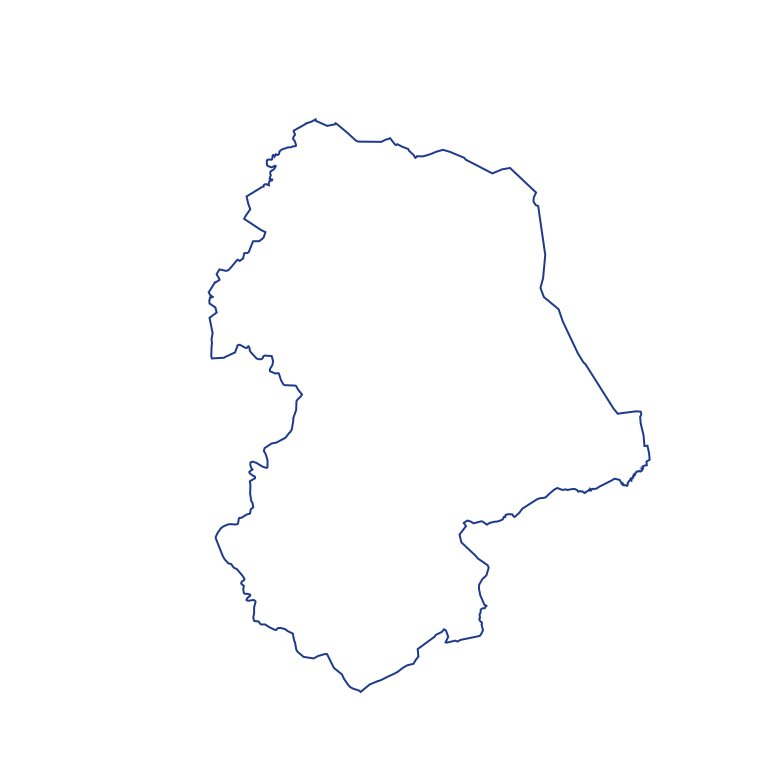 the district of Inešu pag., Vecpiebalgas, Latvia, rotated 64°
{"feature_id": "27541924B64106347464123", "entity_name": "Inešu pag.", "entity_type": "district", "adm_level": 2, "iso_a3": "LVA", "parent_name": "Latvia", "parent_adm1": "Vecpiebalgas", "projection": "orthographic", "projection_center": [25.833, 57.007], "detail": "fine", "context": "isolated", "style": "outline", "palette": "blue", "viewbox_px": 768, "rotation_deg": 64, "n_neighbors": 0, "source": "geoboundaries", "source_scale": "gbopen_adm2", "svg_char_len": 6165}
<svg xmlns="http://www.w3.org/2000/svg" viewBox="0 0 768 768"><g transform="rotate(64 384 384)"><path d="M155.2,425.3L162.0,426.9L168.3,427.6L172.3,434.7L174.3,437.3L191.7,427.0L195.5,424.0L199.5,427.9L200.2,429.7L200.9,433.6L198.3,439.1L206.2,447.8L206.4,449.2L205.2,452.2L209.4,455.6L210.1,459.7L208.2,460.9L208.2,461.7L212.8,471.9L213.5,474.4L213.0,476.5L208.9,481.6L211.6,485.9L212.2,486.4L217.1,485.9L218.3,486.2L219.0,491.8L218.8,491.8L224.8,501.4L228.3,501.2L230.6,499.7L230.8,500.2L230.0,502.5L231.0,503.0L232.1,504.3L235.2,505.5L241.3,502.0L246.4,503.1L248.0,511.8L263.3,515.8L268.2,519.4L271.9,520.7L274.7,522.5L283.3,527.1L285.6,527.4L290.3,516.2L290.1,515.5L290.3,504.0L285.0,498.5L285.5,496.4L291.0,492.5L291.4,491.3L290.6,489.4L291.7,489.0L293.8,489.4L295.0,490.0L297.1,489.8L305.2,487.3L306.7,485.9L307.5,484.4L307.9,482.9L307.5,481.5L306.3,480.5L306.1,478.9L309.7,472.7L314.5,473.6L316.8,475.0L318.3,476.3L319.6,478.6L321.1,480.4L322.6,480.9L327.0,477.0L327.5,475.0L328.4,473.9L335.4,474.9L340.3,474.6L341.5,473.8L346.5,464.5L347.2,463.9L351.4,463.7L357.5,462.3L358.8,464.4L360.0,468.4L361.1,470.2L368.9,474.4L374.9,480.5L377.3,481.7L384.2,486.6L385.8,488.7L386.1,489.2L386.2,490.3L389.1,496.0L389.5,506.5L388.2,511.0L389.3,519.4L391.5,521.3L395.4,521.1L401.7,522.2L407.8,525.3L408.0,525.9L407.5,526.9L404.9,529.5L399.2,533.1L396.2,536.0L396.0,538.4L397.9,539.6L401.3,540.1L403.2,539.7L403.7,542.9L404.1,543.7L405.5,543.8L409.6,541.6L410.2,540.8L411.1,540.7L412.2,541.3L412.6,547.2L416.3,548.4L423.9,552.4L431.0,554.6L433.4,554.3L437.6,555.7L438.2,558.7L441.7,561.2L441.1,564.9L441.7,570.3L441.6,571.3L441.0,572.7L441.1,573.3L445.1,576.1L445.7,577.2L445.1,579.3L443.3,582.2L442.1,584.8L441.7,587.2L441.6,590.9L442.2,593.8L444.8,598.7L447.8,602.4L449.5,602.9L467.7,604.3L471.6,604.1L476.8,602.6L479.0,600.2L482.3,599.8L484.2,598.9L485.6,597.5L494.0,595.3L497.7,594.8L498.7,595.4L499.1,596.5L499.2,598.3L500.4,599.7L501.5,599.7L503.7,598.5L504.5,598.7L506.6,600.5L510.6,601.6L511.6,600.9L512.9,598.5L514.8,596.6L515.8,597.5L516.3,600.0L516.9,601.5L517.5,602.1L518.2,602.2L518.9,601.5L519.7,600.1L520.6,596.8L521.3,595.5L522.8,594.8L523.6,595.0L527.7,598.6L533.4,601.4L536.3,603.7L539.6,604.6L540.3,604.3L542.5,600.8L545.6,600.3L546.4,599.5L548.0,596.3L552.1,593.8L556.8,590.2L557.7,589.0L557.7,588.1L557.0,586.9L557.0,586.0L558.0,583.7L561.3,580.1L563.6,579.1L568.3,575.4L575.6,577.3L577.0,577.2L584.4,579.3L586.7,579.1L594.0,575.9L599.8,567.6L599.6,562.3L600.7,556.2L601.1,554.6L601.8,553.6L617.2,553.5L626.6,549.1L631.4,549.2L638.3,548.2L641.0,547.5L642.8,546.4L644.4,545.2L648.6,540.8L650.5,540.0L647.8,528.7L648.3,519.6L648.7,518.3L648.8,514.6L648.7,509.5L648.9,501.5L648.7,497.7L647.4,491.7L647.0,486.6L648.4,480.2L645.8,476.2L644.1,472.6L637.0,469.9L633.3,449.2L632.2,447.6L632.2,440.8L630.8,437.6L632.8,436.4L639.4,437.1L643.2,441.9L644.0,440.9L645.9,432.5L647.8,430.6L647.5,427.9L648.0,425.6L652.4,408.5L651.3,406.2L648.7,403.0L642.9,401.7L642.7,401.2L641.5,400.6L638.8,401.6L637.5,401.5L636.6,401.0L636.3,400.2L633.1,399.2L632.0,397.6L629.2,395.9L629.0,395.4L628.8,393.8L629.7,391.8L628.9,390.7L628.5,389.3L628.2,389.1L626.9,390.4L625.8,390.5L616.2,390.1L609.9,388.5L606.1,386.5L602.4,381.0L600.9,375.9L595.0,370.4L592.3,370.3L582.0,376.1L579.0,376.8L560.3,383.9L552.4,382.1L547.7,372.6L543.8,373.2L543.3,368.9L545.7,366.3L548.5,364.6L550.0,356.9L551.0,355.6L555.5,353.2L555.2,349.7L556.3,344.9L557.4,342.0L557.8,338.2L557.7,336.5L556.3,335.0L556.0,334.2L556.7,333.4L555.1,332.2L555.3,329.8L557.4,325.9L560.0,325.5L560.6,325.0L560.7,324.4L559.0,318.7L556.7,314.3L554.7,297.1L555.0,294.0L556.3,290.7L556.7,288.2L555.2,283.7L553.5,277.1L553.5,273.8L557.5,270.0L558.4,266.7L559.6,265.8L560.9,261.0L561.9,258.7L564.2,256.8L565.9,256.7L566.2,254.6L567.2,253.9L567.5,252.7L569.9,251.6L570.0,251.2L569.6,250.6L569.5,247.1L569.1,246.6L569.5,246.2L568.7,245.1L569.4,245.1L569.4,244.5L570.4,244.7L570.5,244.5L569.5,243.5L569.8,243.0L569.7,242.4L570.1,242.0L571.2,238.8L570.7,235.7L570.5,222.0L570.2,218.3L573.4,214.3L576.6,214.0L577.4,213.3L577.8,213.9L578.6,213.4L578.7,213.9L579.4,213.6L579.3,212.8L580.3,212.7L580.9,211.2L582.1,210.3L581.5,209.2L579.6,208.2L578.7,206.0L579.0,205.9L578.4,205.8L578.3,204.9L577.5,204.1L578.2,204.0L577.6,203.6L577.5,203.2L578.1,203.2L577.5,202.8L577.3,202.3L577.6,201.8L577.0,201.5L576.8,201.1L576.9,200.8L576.4,200.6L576.1,199.6L575.5,199.9L575.2,199.5L575.6,198.5L574.6,198.4L574.4,196.6L573.4,195.4L574.2,193.4L574.1,192.5L575.0,192.0L574.9,190.3L574.4,190.1L574.2,189.3L573.2,189.5L573.5,189.0L573.5,188.3L571.5,188.0L571.5,187.5L572.0,187.1L571.4,186.0L572.2,183.4L568.8,182.1L568.5,178.4L562.1,176.0L555.0,174.3L553.9,177.1L543.9,173.2L532.1,170.6L525.9,168.2L524.2,166.1L521.4,165.4L519.1,169.3L514.0,184.3L513.3,186.9L506.5,188.5L454.7,194.2L451.7,195.3L441.4,196.3L406.3,195.9L393.3,194.3L375.9,202.2L366.3,201.3L358.6,194.6L338.7,182.5L291.6,167.4L289.6,169.2L285.7,169.7L282.1,167.7L278.6,163.4L245.1,176.0L242.9,183.5L242.2,194.3L218.3,212.1L215.8,212.8L204.3,222.9L199.4,228.3L198.2,235.0L197.9,238.4L198.0,239.4L197.2,245.5L196.4,249.5L193.7,254.5L194.5,255.9L194.5,256.7L191.2,257.0L185.4,259.2L183.3,259.3L179.0,263.4L174.3,266.9L174.6,267.9L174.0,269.0L165.7,270.8L165.6,273.2L165.1,274.8L165.2,280.2L154.9,300.8L153.6,302.1L151.4,303.2L142.6,306.6L129.4,312.5L128.4,313.3L129.1,314.2L127.1,321.9L117.5,330.0L116.2,329.5L116.4,334.5L115.6,339.8L115.9,339.8L116.7,353.9L117.1,354.4L120.9,354.6L122.2,356.9L123.7,358.3L126.7,357.7L130.7,358.3L131.4,358.9L131.4,359.6L130.5,361.3L130.5,363.7L129.1,366.9L129.0,369.3L128.4,372.6L129.0,375.8L131.2,377.5L131.5,378.4L131.5,379.5L130.1,380.4L131.6,382.7L130.0,382.6L129.7,382.9L129.6,383.3L130.0,384.0L133.0,386.1L133.0,387.0L131.6,389.3L131.6,390.9L131.7,391.3L135.8,393.2L137.0,392.9L139.8,390.4L140.1,388.3L140.0,386.4L140.8,385.8L142.6,388.4L143.0,390.3L143.0,392.1L143.6,393.2L144.9,394.0L146.9,394.3L147.8,395.5L149.7,397.0L150.3,397.0L150.8,395.0L151.5,394.9L151.9,395.5L151.5,397.4L151.7,398.2L152.7,399.4L154.9,400.3L152.7,402.4L152.3,403.8L152.5,404.7L153.8,405.7L153.4,406.8L155.2,425.3Z" fill="none" stroke="#1e3a8a" stroke-width="2"/></g></svg>